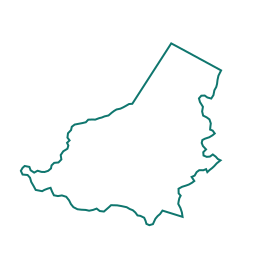 Gracho Cardoso, Sergipe, Brazil, rotated 101°
{"feature_id": "56859067B73235576030104", "entity_name": "Gracho Cardoso", "entity_type": "district", "adm_level": 2, "iso_a3": "BRA", "parent_name": "Brazil", "parent_adm1": "Sergipe", "projection": "mercator", "projection_center": [-37.201, -10.239], "detail": "fine", "context": "isolated", "style": "outline", "palette": "teal", "viewbox_px": 256, "rotation_deg": 101, "n_neighbors": 0, "source": "geoboundaries", "source_scale": "gbopen_adm2", "svg_char_len": 1946}
<svg xmlns="http://www.w3.org/2000/svg" viewBox="0 0 256 256"><g transform="rotate(101 128 128)"><path d="M204.8,57.5L200.6,59.0L196.5,61.3L192.9,64.2L190.1,64.3L187.1,64.2L184.4,63.4L182.5,65.8L178.0,66.8L175.4,63.7L173.4,60.0L171.9,57.5L169.5,54.7L167.4,52.8L163.9,56.2L162.0,53.5L158.2,52.2L155.8,50.0L155.1,46.0L153.5,43.5L156.2,41.7L153.8,40.0L151.3,37.8L149.0,36.1L145.7,34.1L142.1,31.0L141.3,33.9L139.4,36.4L137.8,39.7L140.4,42.1L141.3,45.2L140.6,48.6L137.4,49.5L134.1,47.3L131.4,51.0L128.6,52.8L125.6,52.7L123.8,50.4L121.6,46.5L119.0,43.6L116.8,41.8L114.4,44.4L113.9,47.1L111.0,47.4L107.7,47.6L104.0,49.7L102.5,52.9L101.5,56.6L97.6,58.4L92.9,58.5L88.8,62.3L85.4,64.0L82.3,62.2L81.5,58.9L82.9,55.9L83.2,51.9L79.4,50.4L74.5,50.4L70.9,49.2L67.7,49.0L63.8,49.3L59.4,49.2L53.7,47.6L38.5,95.8L36.7,101.7L103.4,128.4L104.3,131.6L106.5,134.1L108.6,136.6L110.5,139.2L112.0,142.8L113.9,144.9L116.1,146.9L119.4,149.5L121.1,153.3L122.7,155.7L123.9,158.3L126.0,161.7L126.5,164.7L127.4,168.6L130.4,170.5L131.9,173.8L133.3,177.3L134.8,181.0L137.5,183.4L140.9,183.5L144.6,185.9L149.0,185.6L151.3,183.0L154.2,185.0L156.6,183.2L159.9,183.5L163.2,187.1L167.4,188.9L171.6,187.4L175.1,189.7L176.3,193.8L179.3,195.9L182.4,195.9L185.3,198.2L187.1,201.5L187.6,204.6L187.2,208.6L189.7,211.6L188.1,215.5L185.0,217.4L185.0,222.2L187.3,223.9L190.5,225.0L193.8,222.6L193.3,217.6L195.5,214.7L199.4,212.7L203.2,209.4L206.4,206.8L206.4,203.4L206.4,200.2L204.7,198.2L202.8,195.2L201.5,192.6L204.8,190.5L208.2,187.9L208.2,183.8L206.8,180.0L207.3,175.5L210.3,172.0L213.6,169.5L216.1,166.5L217.4,162.1L217.1,158.2L216.5,153.9L216.6,150.4L215.1,146.7L213.1,143.4L214.9,139.9L214.6,135.7L209.5,131.7L207.0,129.9L206.0,123.9L205.9,119.7L206.0,114.2L207.2,110.8L207.8,107.6L209.5,104.7L212.0,102.0L211.9,99.1L213.0,95.0L215.7,93.1L218.6,91.6L219.3,88.5L217.6,85.2L211.9,83.8L208.8,82.1L206.3,80.1L202.5,78.4L204.8,57.5Z" fill="none" stroke="#0f766e" stroke-width="2"/></g></svg>